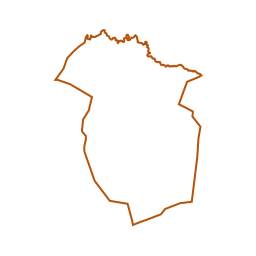 outline of Buucagaan, Bayanhongor, Mongolia, rotated 289°
{"feature_id": "93677404B41797209150510", "entity_name": "Buucagaan", "entity_type": "district", "adm_level": 2, "iso_a3": "MNG", "parent_name": "Mongolia", "parent_adm1": "Bayanhongor", "projection": "robinson", "projection_center": [99.259, 46.209], "detail": "fine", "context": "isolated", "style": "outline", "palette": "amber", "viewbox_px": 256, "rotation_deg": 289, "n_neighbors": 0, "source": "geoboundaries", "source_scale": "gbopen_adm2", "svg_char_len": 5708}
<svg xmlns="http://www.w3.org/2000/svg" viewBox="0 0 256 256"><g transform="rotate(289 128 128)"><path d="M201.6,180.3L201.8,179.8L201.8,179.4L202.1,178.9L202.6,178.3L202.6,177.9L202.6,177.5L202.5,177.2L202.3,177.0L202.3,176.7L202.5,175.9L202.7,175.6L202.6,175.4L202.6,175.1L202.7,174.9L203.0,174.7L203.1,173.9L203.3,173.5L203.6,173.1L203.8,172.3L203.7,172.1L203.3,171.8L203.0,171.7L202.6,171.4L202.5,171.1L202.6,170.9L202.7,170.6L203.0,170.1L202.9,169.7L202.5,169.1L202.4,168.7L202.6,168.3L202.6,168.0L202.4,167.7L202.4,167.4L202.1,167.0L202.0,166.8L201.9,166.6L201.9,166.2L202.0,166.0L202.4,165.9L202.6,165.7L202.7,165.4L202.8,165.2L202.8,164.6L202.8,164.3L202.7,163.9L202.5,163.5L202.5,163.0L202.6,162.4L202.7,161.8L202.9,161.3L203.5,160.6L203.9,160.3L204.1,160.0L204.1,159.4L204.2,159.1L204.4,158.9L204.6,158.6L204.7,158.3L204.7,158.0L204.6,157.8L204.7,157.5L204.8,157.3L204.8,157.1L204.7,156.8L204.7,156.6L204.5,156.0L204.0,155.6L203.6,155.3L203.4,154.9L203.0,154.5L202.7,154.3L202.4,154.1L202.1,153.8L201.9,153.2L201.8,152.6L201.8,152.2L202.0,151.9L201.9,151.7L201.5,151.2L201.1,150.9L200.9,150.5L200.9,150.2L201.1,149.9L200.9,149.5L200.6,149.1L200.4,148.4L199.8,147.7L199.7,147.2L199.7,146.8L199.8,146.5L200.2,146.1L200.3,145.8L200.2,145.6L200.0,145.2L200.0,144.7L199.7,144.4L198.7,144.3L198.5,144.1L198.4,143.9L198.5,143.5L198.6,143.2L199.0,142.4L199.2,142.0L199.2,140.5L198.8,139.9L198.6,139.8L198.5,139.3L198.5,139.0L198.6,138.8L198.8,138.3L199.1,138.1L199.4,137.6L199.6,137.4L199.9,137.3L200.4,137.3L200.6,137.0L200.7,136.8L200.7,136.5L200.5,136.2L200.5,135.6L200.3,135.1L200.1,134.7L199.8,134.3L199.7,133.7L199.8,133.2L200.1,132.6L200.1,132.1L200.3,131.9L200.8,131.6L201.5,131.1L202.2,130.4L202.3,130.1L202.2,129.9L201.9,129.6L201.7,129.2L201.8,128.9L201.9,128.4L202.1,127.9L202.3,127.6L202.7,127.5L203.0,127.2L203.3,127.0L203.4,126.5L203.4,126.3L203.3,126.1L202.6,125.1L202.3,124.2L202.4,123.4L202.5,123.0L202.9,122.6L203.5,122.5L204.0,122.6L204.8,123.2L205.3,124.0L205.7,124.3L205.9,124.4L206.4,124.2L206.5,124.0L206.5,123.8L206.4,123.5L206.3,123.0L206.4,122.7L206.5,122.5L207.1,122.0L208.2,121.9L209.0,122.0L209.5,121.9L209.9,121.6L210.3,121.4L210.5,121.0L210.6,120.7L210.5,120.1L210.6,119.8L210.9,119.7L211.3,119.7L211.6,119.8L212.2,120.0L212.5,120.0L212.8,119.8L212.8,119.5L212.6,119.0L212.6,118.6L212.7,118.2L212.9,117.9L213.1,117.8L213.3,117.9L214.0,118.0L214.7,118.0L215.1,117.9L215.2,117.7L215.2,117.4L215.2,117.2L215.4,116.9L215.2,116.6L214.9,116.4L214.6,116.3L214.3,116.3L213.9,116.4L213.3,116.3L212.8,116.1L212.2,115.9L211.8,115.6L211.6,115.3L211.7,115.0L212.1,114.8L212.4,114.5L212.5,114.2L212.9,113.4L212.8,113.1L212.4,112.4L212.3,111.7L212.5,110.8L212.4,110.5L212.2,110.1L212.2,109.9L212.3,109.5L212.4,109.2L212.6,109.0L213.0,109.0L213.4,109.0L213.8,108.8L214.1,108.5L214.6,108.1L215.2,107.7L216.0,107.3L216.6,107.1L216.9,106.9L217.2,106.5L217.4,106.2L217.3,105.9L217.4,105.6L217.5,105.4L217.8,105.1L218.1,105.0L218.1,104.8L218.0,104.7L217.7,104.6L216.7,104.3L216.0,104.0L214.9,103.3L214.7,103.1L214.7,102.3L214.7,102.1L214.5,101.9L214.3,101.8L214.0,101.8L213.7,101.7L213.3,101.4L213.1,101.3L212.6,101.3L212.1,101.1L211.6,100.7L211.2,99.9L211.1,99.4L211.1,98.9L211.2,98.6L211.6,98.5L212.1,98.4L212.5,98.6L213.2,98.9L213.7,99.2L214.0,99.4L214.3,99.4L214.5,99.2L215.0,98.7L215.3,98.4L215.9,97.7L216.0,97.4L216.0,97.1L215.8,96.8L215.5,96.5L215.3,96.4L215.1,96.4L214.7,96.5L214.1,96.7L213.7,96.8L213.2,96.8L213.0,96.7L212.5,96.4L212.2,96.1L212.0,95.7L211.7,95.3L211.5,95.1L211.3,95.1L211.2,95.1L210.7,95.3L210.4,95.5L210.1,95.8L209.2,96.0L208.7,96.1L208.3,96.2L208.0,96.1L207.9,96.0L207.8,95.6L207.8,95.0L208.2,94.2L208.4,93.5L208.5,93.2L208.4,93.0L208.3,92.9L207.9,92.6L207.6,92.3L207.5,91.9L207.4,91.7L207.3,91.4L207.3,91.1L207.3,90.9L207.1,90.8L206.6,90.9L206.2,91.0L205.8,91.1L205.4,91.1L205.1,91.0L205.1,90.8L205.2,90.5L205.3,90.3L205.6,90.2L206.0,90.2L206.4,90.0L206.8,89.9L207.2,89.5L207.3,89.2L207.4,88.9L207.2,88.7L207.0,88.4L206.9,88.1L207.0,87.7L207.4,87.4L208.0,87.3L208.6,87.0L208.9,86.6L209.0,86.4L209.1,86.2L208.9,85.7L208.7,85.5L208.6,85.3L208.5,85.1L208.3,84.7L207.8,84.7L207.2,84.5L206.3,83.8L206.2,83.5L206.2,83.3L206.3,83.0L206.6,82.5L206.7,82.3L206.7,82.0L206.7,81.6L207.0,81.3L207.2,81.1L207.6,80.8L207.9,80.5L208.2,80.1L208.4,79.7L208.5,79.3L208.6,78.9L208.5,78.2L208.6,77.9L208.7,77.7L209.0,77.5L209.3,77.3L210.0,77.2L210.3,76.8L210.5,76.4L210.6,76.0L210.6,75.6L210.6,75.4L210.7,75.1L210.9,74.9L211.5,74.5L212.0,74.4L212.4,74.4L212.6,74.3L212.8,74.1L212.8,73.4L212.6,72.9L212.3,72.6L212.0,72.3L211.7,72.1L211.2,71.8L210.6,71.3L210.4,71.2L210.1,71.3L209.4,71.4L208.7,71.5L208.2,71.4L207.8,71.4L207.5,71.4L207.3,70.7L206.8,70.4L206.1,69.9L205.0,68.9L204.7,68.2L204.2,67.8L203.7,67.7L203.5,67.4L203.2,66.9L203.0,66.1L202.8,65.2L202.5,64.7L202.5,64.0L202.5,63.8L202.8,63.6L203.0,63.5L203.5,63.3L203.5,63.1L203.4,62.9L203.2,62.9L202.7,63.0L202.2,63.2L201.8,63.5L201.5,63.6L201.1,63.4L200.7,63.2L200.3,63.3L199.8,63.4L199.3,63.2L199.2,63.0L199.2,62.8L199.7,62.4L199.8,62.2L199.3,61.5L199.2,61.2L199.2,60.8L199.5,60.5L200.2,60.2L200.8,60.0L201.8,60.1L202.1,59.8L202.5,59.5L202.6,59.3L202.5,59.2L202.3,59.2L202.0,59.2L201.3,59.1L200.7,58.7L194.6,59.1L189.2,55.2L182.7,51.6L174.3,47.8L163.1,47.7L149.9,43.7L150.6,45.8L150.6,58.7L145.5,83.9L134.0,84.9L132.7,85.4L122.8,83.1L121.5,82.8L110.6,85.3L109.2,86.5L108.3,88.1L106.9,90.6L103.5,91.9L96.7,92.6L91.7,94.3L67.2,113.6L53.2,134.5L56.2,152.3L42.2,161.8L37.9,164.3L40.0,166.6L43.6,170.8L46.2,174.2L57.2,187.3L63.6,189.5L73.9,201.8L79.0,212.3L123.0,203.0L141.1,198.0L152.8,196.1L159.8,185.2L164.7,184.0L166.0,175.9L167.0,168.4L190.9,168.8L199.3,178.4L201.6,180.3Z" fill="none" stroke="#b45309" stroke-width="2"/></g></svg>